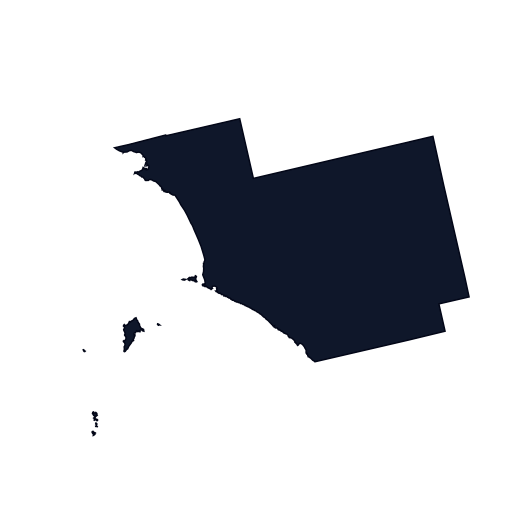 the district of Elliston, South Australia, Australia, rotated 347°
{"feature_id": "25037944B88670568151833", "entity_name": "Elliston", "entity_type": "district", "adm_level": 2, "iso_a3": "AUS", "parent_name": "Australia", "parent_adm1": "South Australia", "projection": "equal_earth", "projection_center": [134.757, -33.574], "detail": "fine", "context": "isolated", "style": "filled", "palette": "ink", "viewbox_px": 512, "rotation_deg": 347, "n_neighbors": 0, "source": "geoboundaries", "source_scale": "gbopen_adm2", "svg_char_len": 6114}
<svg xmlns="http://www.w3.org/2000/svg" viewBox="0 0 512 512"><g transform="rotate(347 256 256)"><path d="M455.3,179.2L270.9,179.8L271.0,118.6L195.2,118.6L195.2,117.8L156.4,118.8L142.6,118.7L144.1,120.5L146.6,122.8L150.2,125.2L150.1,125.4L150.7,125.1L153.8,125.6L156.2,124.9L158.3,125.0L160.6,127.0L161.9,127.6L162.7,128.3L164.9,128.3L165.4,128.7L166.2,128.8L167.3,130.0L168.6,132.4L168.7,133.0L168.5,133.4L168.9,133.3L169.5,134.7L170.1,134.8L170.5,136.1L170.6,136.7L170.0,137.7L170.8,138.5L170.7,139.8L169.9,139.9L168.6,142.1L169.7,141.5L170.3,141.6L170.7,141.9L170.4,142.3L170.5,143.1L169.6,143.5L170.2,143.6L171.2,143.2L171.7,143.4L171.8,145.1L171.0,146.1L170.9,147.0L170.4,147.3L169.1,147.3L168.4,148.0L168.7,147.1L168.1,146.8L168.9,146.7L169.0,146.2L166.4,145.4L166.3,144.8L166.5,145.3L166.8,145.2L165.9,144.4L165.6,145.1L164.2,146.8L161.7,147.3L160.7,148.0L160.3,147.9L159.9,147.3L158.9,147.5L156.9,147.0L156.3,148.1L156.7,147.9L156.9,148.2L157.7,148.0L157.7,148.4L158.0,148.4L158.5,149.0L159.0,149.2L159.1,149.6L159.4,149.6L160.2,150.4L160.5,151.2L162.3,152.6L162.5,153.3L163.4,153.4L164.8,155.8L165.1,157.3L165.5,157.6L168.2,158.1L169.3,157.5L170.9,157.8L171.0,158.1L172.1,158.7L172.9,159.7L175.1,160.9L177.7,164.7L178.3,166.2L178.8,166.5L179.5,168.0L179.4,169.1L180.1,169.6L179.5,170.4L180.1,170.6L180.8,172.1L181.1,171.6L181.9,171.6L182.0,172.9L182.7,173.5L184.4,174.1L184.7,173.7L185.6,174.0L185.7,174.4L186.4,174.6L186.5,174.9L186.2,175.0L186.2,175.5L188.0,177.2L189.0,178.0L190.7,178.4L193.5,186.0L194.3,189.2L196.6,195.2L198.2,201.0L200.1,209.8L200.6,210.8L201.3,214.2L201.4,215.4L203.5,226.6L204.7,234.5L205.3,243.7L205.4,247.6L205.2,248.7L204.1,250.1L203.8,251.4L203.2,251.4L203.1,252.4L202.4,254.3L202.3,256.1L201.4,259.4L199.9,262.3L200.7,267.7L200.4,271.3L199.9,272.0L199.2,271.5L198.7,271.8L197.9,271.4L197.2,272.0L197.4,272.9L197.8,273.3L198.9,272.9L198.9,273.5L199.1,273.9L199.4,273.8L199.5,274.2L200.4,274.0L200.4,274.6L201.0,274.8L202.3,276.4L202.8,276.3L203.2,277.0L204.4,277.9L204.7,278.5L206.1,277.8L205.8,277.6L205.8,277.1L206.9,275.7L209.1,276.0L210.5,277.2L210.8,278.2L210.7,278.8L210.3,278.9L210.3,280.0L209.9,281.1L209.6,281.3L208.9,281.1L209.1,281.6L209.6,281.6L209.6,282.0L209.9,282.1L210.4,281.9L210.5,282.8L210.8,282.9L210.9,283.4L211.7,284.1L213.0,284.3L213.7,285.8L214.7,285.9L215.5,286.8L215.9,286.9L215.8,287.7L216.5,287.7L216.7,288.0L217.5,287.9L217.5,288.6L218.6,288.8L218.9,289.7L220.0,290.3L220.2,290.9L221.4,291.3L221.8,291.9L221.7,292.3L222.2,292.8L223.0,293.6L223.5,293.6L223.5,293.9L224.0,294.0L225.0,294.9L225.2,295.4L225.9,295.6L226.5,296.4L227.8,296.7L228.1,297.2L230.0,298.2L230.5,299.0L231.5,299.1L232.5,300.3L233.7,300.7L233.7,301.0L234.2,301.3L234.2,301.7L234.8,301.8L234.9,302.2L236.3,303.3L236.7,303.3L236.8,303.7L238.2,304.6L238.6,305.3L239.6,305.9L240.5,307.2L242.1,308.0L242.1,308.5L243.6,309.5L244.3,310.5L246.1,312.1L247.1,313.5L247.6,313.7L249.7,317.0L251.2,318.4L251.5,319.5L253.3,321.6L255.0,324.6L255.5,325.1L255.7,325.9L256.2,326.4L256.8,327.9L257.0,328.1L258.1,328.1L257.6,328.6L257.6,329.2L258.2,329.5L258.7,330.4L260.6,331.0L261.2,332.9L262.1,332.9L262.2,333.4L262.7,333.4L262.8,333.7L263.7,334.6L263.7,335.1L264.4,335.1L265.1,335.5L265.2,336.5L265.7,336.8L266.0,337.5L266.7,337.7L267.3,338.4L267.9,338.5L268.7,339.3L269.5,340.6L269.4,341.4L269.7,342.0L270.0,342.1L270.1,343.0L272.0,343.7L272.7,344.5L274.1,346.4L274.7,348.2L274.6,348.6L274.8,348.6L275.1,349.6L275.4,349.8L275.3,350.0L276.1,351.2L276.1,351.7L276.5,352.5L277.2,352.2L278.6,350.9L280.0,351.2L281.4,352.6L282.7,355.3L282.9,356.4L283.7,358.9L283.0,361.8L283.5,362.6L283.9,362.6L283.6,363.3L284.2,363.6L284.0,364.7L284.2,365.1L284.2,365.9L284.6,366.0L286.4,367.9L287.9,370.4L288.7,371.0L289.6,372.3L386.0,372.2L423.3,371.8L423.4,343.8L454.4,343.8L454.7,323.4L454.8,228.9L455.3,179.2ZM107.1,314.8L106.8,317.2L105.9,319.0L106.2,319.6L107.1,319.5L109.3,317.5L109.9,317.7L111.9,315.2L115.3,312.3L115.7,311.4L117.7,310.8L117.7,310.5L117.1,310.1L118.6,308.7L119.2,307.4L119.7,307.1L119.7,306.5L120.2,306.2L120.3,305.5L119.4,305.2L119.7,304.0L120.3,303.5L121.2,303.8L122.8,301.9L123.2,302.0L123.6,303.0L124.1,303.2L125.0,302.6L125.7,303.4L125.9,304.3L126.2,302.4L126.9,302.1L128.1,302.2L128.5,303.3L129.8,304.0L129.9,302.2L128.0,300.7L127.5,300.0L126.9,297.8L127.1,296.0L126.5,295.2L126.5,294.4L126.1,293.9L126.1,292.5L125.5,291.6L125.2,289.2L123.5,289.5L121.7,291.0L119.5,291.5L118.9,292.1L117.9,291.4L116.5,293.3L114.6,294.3L112.7,294.3L112.2,293.2L111.4,293.8L111.1,294.5L111.8,295.3L111.7,296.6L110.5,297.9L110.5,298.7L111.1,301.2L110.9,302.3L110.3,303.2L110.7,303.5L110.3,304.0L111.0,305.4L110.9,306.8L110.3,308.0L109.4,308.9L108.9,309.0L108.4,308.7L107.6,309.1L107.6,309.7L108.4,310.9L108.6,312.3L108.2,313.6L107.1,314.8ZM192.5,267.2L192.3,266.5L191.8,266.3L191.8,265.6L192.1,265.3L192.3,263.9L193.3,262.8L193.0,262.0L192.5,261.6L191.6,263.0L188.2,262.1L187.2,262.5L186.3,261.9L185.8,262.1L185.7,262.6L184.5,262.9L184.6,263.9L185.4,264.7L185.9,264.6L186.0,264.8L186.2,264.5L186.5,264.6L187.2,264.3L188.6,265.6L189.7,265.9L190.2,266.5L190.7,266.5L191.3,267.0L191.1,267.4L191.8,267.8L192.3,267.1L192.5,267.2ZM62.8,379.3L63.8,380.6L64.4,380.7L64.8,380.2L64.4,379.5L62.7,378.5L62.5,377.8L63.4,376.5L65.5,375.4L65.1,374.4L65.5,373.6L64.7,372.4L64.1,372.8L63.0,372.8L62.9,371.7L62.5,371.3L61.8,371.6L61.2,372.8L61.8,373.9L61.9,374.9L63.0,375.7L63.0,376.1L62.6,376.8L61.4,377.4L62.4,378.5L61.4,379.4L61.6,379.6L62.0,379.1L62.8,379.3ZM57.1,394.2L58.4,393.8L59.3,393.1L58.3,392.5L58.6,392.1L58.5,391.8L59.0,391.7L58.1,391.1L57.8,390.2L57.1,390.2L56.7,390.6L56.9,390.8L56.8,391.5L56.9,392.0L57.6,392.3L57.1,394.2ZM181.0,263.4L182.2,263.0L180.0,262.1L178.8,262.4L179.3,262.8L181.0,263.4ZM66.6,308.5L66.7,309.5L67.1,310.4L67.6,310.6L68.1,310.3L67.5,309.8L67.0,308.5L66.6,308.5ZM145.2,301.5L145.5,301.6L145.9,301.2L146.5,301.4L145.8,300.5L144.9,300.0L144.7,300.5L145.2,300.9L145.2,301.5ZM62.6,384.6L63.2,383.9L62.5,382.7L62.2,382.9L62.4,383.8L62.2,383.9L62.6,384.6ZM60.9,385.9L62.2,386.1L62.8,386.6L63.0,386.4L62.2,385.5L60.9,385.9Z" fill="#0f172a" stroke="#020617" stroke-width="1.5"/></g></svg>